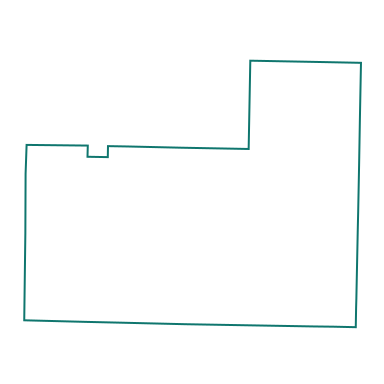 McKinley, New Mexico, United States of America (Equal Earth projection), rotated 181°
{"feature_id": "52423323B62088987492925", "entity_name": "McKinley", "entity_type": "district", "adm_level": 2, "iso_a3": "USA", "parent_name": "United States of America", "parent_adm1": "New Mexico", "projection": "equal_earth", "projection_center": [-108.491, 35.481], "detail": "fine", "context": "isolated", "style": "outline", "palette": "teal", "viewbox_px": 384, "rotation_deg": 181, "n_neighbors": 0, "source": "geoboundaries", "source_scale": "gbopen_adm2", "svg_char_len": 601}
<svg xmlns="http://www.w3.org/2000/svg" viewBox="0 0 384 384"><g transform="rotate(181 192 192)"><path d="M25.9,59.7L25.9,59.8L25.9,79.1L25.8,88.5L25.8,90.8L25.6,157.4L25.6,158.0L25.5,175.2L25.4,221.5L25.4,226.8L25.4,233.3L25.4,250.3L25.4,269.3L25.3,324.1L62.8,324.2L126.5,324.3L129.5,324.3L136.0,324.3L136.1,239.4L136.1,237.8L136.1,236.0L204.3,236.1L257.4,236.4L276.8,236.4L276.8,225.4L297.1,225.4L297.0,236.6L358.2,236.2L358.7,207.4L357.9,147.7L357.5,60.8L296.8,60.3L260.7,60.1L196.7,59.7L123.7,59.7L72.0,59.7L67.7,59.7L48.1,59.8L25.9,59.7Z" fill="none" stroke="#0f766e" stroke-width="2"/></g></svg>